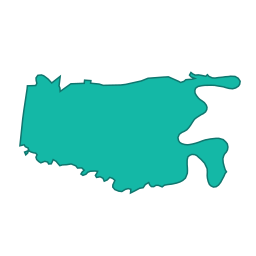 outline of Aratiba, Rio Grande do Sul, Brazil, rotated 97°
{"feature_id": "56859067B33104884286181", "entity_name": "Aratiba", "entity_type": "district", "adm_level": 2, "iso_a3": "BRA", "parent_name": "Brazil", "parent_adm1": "Rio Grande do Sul", "projection": "natural_earth1", "projection_center": [-52.299, -27.381], "detail": "fine", "context": "isolated", "style": "filled", "palette": "teal", "viewbox_px": 256, "rotation_deg": 97, "n_neighbors": 0, "source": "geoboundaries", "source_scale": "gbopen_adm2", "svg_char_len": 2828}
<svg xmlns="http://www.w3.org/2000/svg" viewBox="0 0 256 256"><g transform="rotate(97 128 128)"><path d="M159.5,24.9L157.7,26.4L154.4,27.9L150.8,29.3L146.9,30.1L143.7,29.6L141.7,28.8L139.9,27.5L137.5,26.6L134.7,26.5L131.7,27.5L129.8,29.4L127.9,32.1L127.2,36.5L127.5,39.2L128.1,41.8L128.9,45.1L129.7,47.5L130.4,49.8L131.8,52.8L133.5,56.0L134.9,59.1L136.1,62.2L136.8,64.4L137.4,66.7L137.5,69.6L137.0,72.7L136.0,74.9L134.3,76.3L131.4,77.3L128.0,76.3L125.8,74.0L124.4,71.7L122.6,69.4L120.2,67.7L117.7,66.3L114.5,64.8L111.2,63.1L109.1,61.0L107.3,58.8L105.8,57.0L104.6,55.1L102.5,53.0L100.2,52.1L97.9,52.1L95.8,53.1L93.5,55.3L92.0,57.9L91.0,60.0L89.7,61.8L87.5,64.0L85.2,65.7L82.7,66.2L80.3,65.8L78.2,63.5L77.0,59.9L76.3,57.0L75.9,54.1L75.4,50.6L75.1,47.2L75.3,43.9L75.4,40.8L75.5,38.4L76.0,35.6L76.4,32.5L76.3,28.9L75.1,26.0L73.0,23.5L71.0,22.5L67.9,22.4L65.2,24.7L63.8,28.0L64.1,32.4L64.8,35.0L65.2,37.3L66.1,40.6L66.9,44.4L67.8,47.6L68.0,50.4L66.9,54.0L65.4,55.7L67.2,57.1L66.8,61.3L66.7,64.6L67.3,67.7L66.4,70.4L65.2,72.3L68.0,73.4L69.6,71.6L70.7,67.7L71.9,70.8L72.4,73.7L73.0,76.4L74.9,78.2L76.4,81.3L75.5,83.5L72.3,94.1L73.2,99.2L76.2,114.2L79.7,120.6L85.0,135.6L86.2,140.4L88.7,157.8L87.9,162.0L88.1,170.6L85.5,170.6L85.8,176.9L89.0,176.9L90.0,183.2L91.1,190.1L100.0,199.8L96.7,200.4L94.6,201.6L85.0,201.6L92.6,209.2L91.1,211.0L89.2,213.2L87.5,216.1L86.4,218.1L85.9,220.4L86.7,223.9L89.5,225.4L92.1,224.9L94.8,223.9L97.1,224.8L98.4,233.0L101.6,232.9L123.2,233.5L131.6,233.6L158.8,233.1L157.3,229.1L159.1,227.6L160.0,224.7L162.5,224.0L163.5,221.8L164.1,219.0L164.2,216.5L165.6,215.0L168.2,215.8L170.4,214.8L172.1,212.6L173.2,210.3L171.2,206.5L171.6,203.6L173.4,202.4L172.9,199.8L170.6,199.0L168.5,198.4L169.8,195.3L171.7,193.3L173.7,191.1L172.6,188.6L171.9,184.4L170.6,180.0L171.9,175.2L173.9,173.2L173.2,169.1L175.2,166.4L177.2,168.1L179.4,169.1L180.5,167.0L179.0,164.1L176.8,162.5L175.5,160.1L175.1,157.8L174.7,155.5L174.7,152.9L176.8,153.5L179.0,154.6L180.9,153.2L179.8,149.6L181.0,146.6L183.7,145.1L182.1,142.3L179.2,140.1L179.9,137.1L181.6,134.6L186.3,136.1L188.5,135.9L190.7,133.6L191.8,129.5L191.8,126.4L189.2,123.1L188.1,120.3L188.5,117.7L192.2,117.6L189.7,113.8L186.4,109.1L185.4,105.7L182.0,103.9L179.6,100.8L181.7,99.6L183.3,97.7L183.1,95.3L181.5,93.3L181.2,90.9L182.3,86.9L180.3,84.9L179.3,81.7L178.3,77.6L176.7,73.0L175.2,69.9L173.4,67.3L170.7,64.9L168.5,64.3L165.7,63.6L162.9,63.8L160.3,64.2L156.9,64.9L152.4,65.4L149.2,65.0L147.5,63.3L146.4,61.3L146.3,58.4L147.0,56.3L148.4,54.4L150.2,51.7L151.9,49.7L153.6,47.7L156.3,46.0L158.7,44.5L161.9,43.9L165.6,43.6L168.0,43.1L171.5,41.8L174.1,40.3L175.4,38.5L176.2,36.0L175.5,33.3L173.6,31.2L170.6,29.4L167.7,28.3L164.4,27.0L161.3,26.1L159.5,24.9ZM162.5,224.0L164.5,227.7L167.1,226.2L165.2,224.6L162.5,224.0Z" fill="#14b8a6" stroke="#0f766e" stroke-width="1.5"/></g></svg>